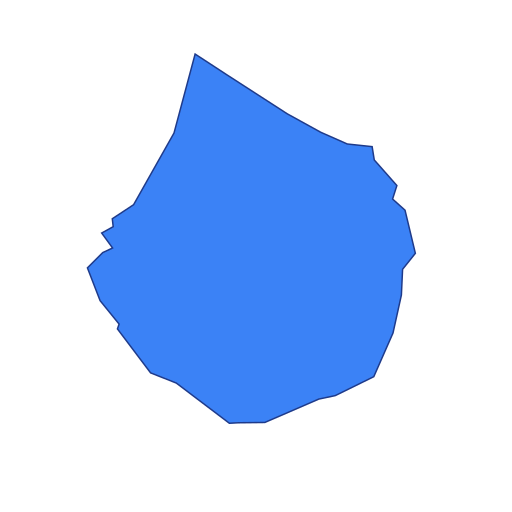 the district of Warren, Tennessee, United States of America, rotated 215°
{"feature_id": "52423323B22334465624474", "entity_name": "Warren", "entity_type": "district", "adm_level": 2, "iso_a3": "USA", "parent_name": "United States of America", "parent_adm1": "Tennessee", "projection": "robinson", "projection_center": [-85.78, 35.677], "detail": "fine", "context": "isolated", "style": "filled", "palette": "blue", "viewbox_px": 512, "rotation_deg": 215, "n_neighbors": 0, "source": "geoboundaries", "source_scale": "gbopen_adm2", "svg_char_len": 575}
<svg xmlns="http://www.w3.org/2000/svg" viewBox="0 0 512 512"><g transform="rotate(215 256 256)"><path d="M99.6,271.5L114.5,307.4L128.3,329.2L127.0,349.6L160.2,379.0L176.8,381.0L181.0,394.5L214.2,402.5L223.6,412.2L245.5,400.1L273.9,394.5L311.9,390.4L384.2,387.7L421.7,386.5L393.7,309.7L385.7,227.8L395.1,204.1L389.8,198.1L395.6,186.3L378.1,180.3L383.5,170.9L387.3,149.6L358.1,130.0L329.1,121.7L327.7,116.8L275.3,99.8L248.4,106.2L181.9,103.7L174.9,109.2L153.3,124.7L122.5,174.8L111.0,187.1L90.3,224.7L99.6,271.5Z" fill="#3b82f6" stroke="#1e3a8a" stroke-width="1.5"/></g></svg>